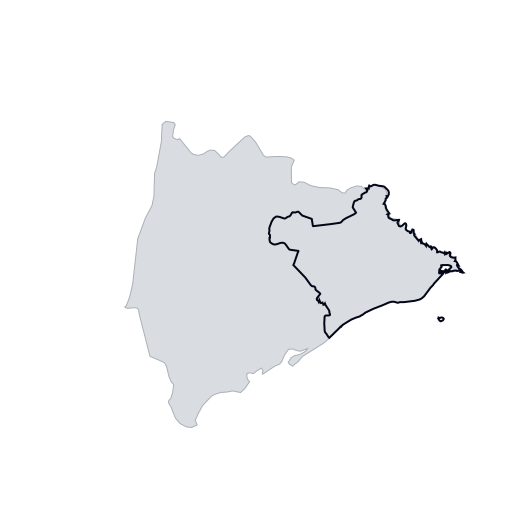 location of Atlántico Norte within Nicaragua, rotated 54°
{"feature_id": "NIC-657", "entity_name": "Atlántico Norte", "entity_type": "Autonomous Region", "adm_level": 1, "iso_a3": "NIC", "parent_name": "Nicaragua", "parent_adm1": "", "projection": "robinson", "projection_center": [-84.139, 14.031], "detail": "fine", "context": "in_parent", "style": "outline", "palette": "ink", "viewbox_px": 512, "rotation_deg": 54, "n_neighbors": 0, "source": "natural_earth", "source_scale": "10m", "svg_char_len": 7829}
<svg xmlns="http://www.w3.org/2000/svg" viewBox="0 0 512 512"><g transform="rotate(54 256 256)"><path d="M389.6,98.3L387.8,101.1L385.8,102.9L381.6,111.8L380.1,112.6L379.8,106.0L377.4,105.1L374.4,107.5L372.8,110.9L375.4,115.3L377.6,115.4L380.3,116.6L387.6,147.1L386.1,152.6L381.6,161.1L377.3,168.3L373.0,172.8L367.7,192.1L362.9,223.3L366.3,251.5L364.6,277.4L366.1,283.6L366.6,291.2L363.0,292.6L361.0,292.4L359.0,287.7L359.2,283.5L361.3,278.7L362.2,272.1L361.2,268.7L359.1,276.2L355.4,279.5L353.0,280.7L350.6,284.5L353.1,291.6L356.3,296.8L357.4,300.5L356.2,305.0L355.5,320.2L354.4,319.8L353.2,317.7L349.8,317.6L349.4,323.7L349.7,327.1L346.8,329.7L345.8,332.4L348.1,334.2L350.7,335.4L353.9,335.1L356.6,342.6L357.4,348.7L351.3,354.4L349.2,359.1L345.7,364.7L343.8,370.3L343.2,374.3L345.6,387.0L349.8,396.0L353.3,401.7L358.1,402.9L356.9,408.9L353.4,412.7L347.0,415.9L339.9,416.5L328.2,413.5L323.5,413.1L321.6,411.5L321.1,408.6L317.8,404.1L311.7,398.2L308.2,398.6L302.4,397.3L292.9,393.3L288.5,392.8L282.2,396.3L274.9,400.8L257.2,393.7L244.7,388.8L233.6,384.3L230.6,382.6L228.1,382.9L226.0,385.3L223.6,389.4L222.8,390.6L221.5,391.8L220.1,392.1L220.0,390.1L214.6,381.9L205.9,372.0L172.6,341.6L160.4,323.4L153.9,310.3L147.7,303.5L129.7,289.6L125.6,284.0L107.9,265.4L94.3,254.5L94.1,249.8L99.7,244.0L102.5,244.3L105.4,248.5L110.2,253.2L112.5,253.2L115.9,251.0L116.0,248.8L134.2,247.9L137.4,246.7L140.8,243.3L142.5,238.5L142.7,233.9L143.5,230.6L146.4,227.4L151.7,226.4L155.8,226.0L157.1,223.9L155.8,216.8L153.7,199.8L153.2,195.1L154.0,191.5L155.6,190.2L163.7,189.4L179.0,190.8L181.9,189.7L188.1,180.1L193.8,172.9L197.8,169.8L201.0,168.8L204.7,175.1L217.6,184.2L219.8,183.6L221.1,183.1L221.5,181.8L221.3,177.6L224.5,173.8L231.2,170.4L237.9,164.4L244.7,155.8L250.5,150.7L255.5,149.2L257.4,146.9L256.2,143.7L256.6,139.2L258.6,133.3L261.5,129.9L265.3,129.0L266.7,127.1L266.0,124.4L266.7,121.3L270.1,116.3L278.3,112.0L282.9,113.5L286.8,119.2L292.3,123.1L299.4,125.2L304.9,124.4L308.8,120.8L312.3,119.8L315.4,121.2L317.1,120.4L317.3,117.4L318.9,116.7L321.9,118.3L324.7,118.7L327.0,117.9L328.0,116.4L328.4,114.9L330.2,113.8L336.3,114.9L343.2,113.2L350.8,108.6L355.8,106.5L358.3,107.0L361.3,104.7L364.8,99.5L372.7,97.2L389.6,98.3Z" fill="#d9dde1" stroke="#a8b0b8" stroke-width="1"/><path d="M266.0,127.3L266.4,126.7L267.8,125.2L266.0,123.7L265.6,123.0L266.6,122.7L267.0,122.5L267.2,122.1L267.5,119.3L268.1,118.1L269.0,117.2L270.2,116.3L271.3,115.4L274.3,112.2L275.4,111.5L279.3,110.7L281.0,110.6L282.7,111.2L284.2,112.4L285.1,114.1L284.9,114.4L284.4,115.1L285.7,115.4L285.9,116.3L285.8,117.3L287.1,118.3L287.8,119.6L288.8,122.1L290.0,121.3L291.3,121.5L293.8,122.7L295.3,123.0L300.0,123.2L299.8,123.7L299.6,125.2L300.6,124.8L301.3,125.3L302.0,125.9L303.0,126.2L303.7,126.0L305.4,125.0L307.8,124.0L309.0,122.4L309.9,120.5L310.8,119.1L311.4,119.8L311.9,121.7L312.4,122.1L313.4,122.2L315.0,122.6L315.7,122.7L317.0,121.9L317.4,120.3L317.0,116.7L317.4,115.9L318.2,115.8L319.1,116.1L319.7,116.5L320.2,117.0L321.8,118.8L322.6,119.2L323.5,119.1L325.1,118.6L325.5,118.3L325.8,118.0L326.1,117.7L326.7,117.5L327.2,117.6L327.6,117.8L327.8,117.9L328.3,117.5L328.3,117.0L327.7,116.4L327.3,115.7L326.5,113.9L327.2,113.3L327.7,113.2L329.2,114.3L329.4,114.6L329.6,114.9L330.3,115.0L331.4,114.9L331.7,115.1L331.9,115.7L333.0,115.9L339.4,115.5L339.1,114.9L339.1,114.2L339.4,112.5L340.2,113.0L341.3,114.2L342.1,114.5L342.0,114.2L341.7,113.5L342.2,113.7L342.4,113.7L342.7,113.9L343.0,114.5L343.8,113.7L345.0,113.0L346.3,112.5L347.5,112.5L347.0,112.1L346.7,111.7L346.2,110.9L349.9,110.6L351.2,110.0L351.1,108.9L351.9,108.8L352.6,108.9L353.1,109.2L353.3,109.9L353.8,109.9L353.2,107.7L353.4,106.9L354.6,106.3L355.9,106.1L357.4,106.1L358.6,106.5L359.2,107.3L359.6,107.3L359.9,106.4L360.1,105.4L360.4,104.6L362.0,103.9L363.6,102.5L364.5,102.2L364.4,101.9L364.2,101.4L364.1,101.2L365.1,101.5L365.4,101.7L365.2,100.7L365.3,99.8L365.7,99.5L366.3,100.1L366.4,99.0L366.5,98.5L366.8,98.1L366.4,97.3L366.6,97.0L367.3,96.9L368.1,97.0L368.5,97.4L369.3,98.8L369.9,99.1L371.4,98.9L372.7,98.0L373.7,96.8L374.4,95.5L375.2,96.2L376.0,96.6L376.7,97.1L377.0,98.1L378.0,97.3L379.1,97.2L382.0,97.6L381.2,98.0L381.2,98.4L381.7,98.8L382.5,99.1L385.6,99.1L387.4,98.2L388.3,98.1L390.5,98.2L391.3,98.0L390.9,98.8L389.7,99.4L389.1,100.1L388.1,98.9L387.3,99.7L386.7,101.3L386.2,102.2L385.4,102.6L384.6,103.7L384.0,105.0L383.8,106.0L383.6,106.3L382.8,107.2L382.4,107.8L382.3,108.5L382.1,110.1L382.0,110.8L381.4,111.8L380.7,112.4L378.4,113.4L378.6,113.0L378.8,112.6L379.3,111.9L379.3,112.5L379.5,112.0L379.7,111.7L379.7,111.3L379.7,110.8L379.2,111.2L378.4,110.8L378.4,110.4L379.2,110.0L379.9,109.9L380.6,110.1L381.1,110.8L381.0,109.4L380.3,107.5L380.2,106.0L379.8,104.5L378.8,104.2L377.8,104.7L377.0,105.2L375.7,106.6L372.8,110.7L372.1,112.5L372.8,111.7L373.0,111.4L373.9,112.2L374.6,115.3L375.0,115.9L375.9,116.5L376.8,117.5L377.8,117.9L378.8,116.5L378.3,116.0L377.1,115.2L376.6,115.0L377.3,114.5L378.1,114.8L378.8,115.5L379.3,116.5L379.3,114.8L379.7,114.3L380.3,114.9L382.9,128.0L383.0,128.4L383.6,129.8L384.2,133.4L387.4,143.6L387.7,146.6L387.4,149.1L385.6,153.8L380.2,163.6L377.9,166.7L377.5,168.0L377.1,168.9L374.0,171.3L372.6,173.4L371.7,175.8L370.2,182.7L367.7,192.1L366.1,200.7L366.2,204.3L365.9,206.1L365.9,207.5L364.6,211.3L363.4,216.2L362.7,225.8L362.8,227.6L363.3,228.6L362.8,229.1L363.1,230.0L365.3,244.8L364.1,245.0L360.8,244.8L358.2,244.9L357.0,244.5L350.5,240.3L345.6,236.3L345.3,236.0L345.1,235.6L345.1,235.2L345.1,234.8L345.3,234.4L345.5,234.0L346.7,232.3L347.0,231.8L347.1,231.4L347.2,231.0L346.9,230.6L346.4,230.3L345.3,230.0L344.6,229.7L344.1,229.3L343.4,229.0L342.2,228.8L336.9,228.6L335.9,228.5L335.6,228.3L334.9,228.1L335.3,229.0L335.3,229.7L335.1,230.1L334.5,229.7L334.1,229.7L333.5,230.0L333.2,230.0L332.7,229.7L332.2,231.2L331.4,231.4L330.4,231.0L329.1,230.7L329.5,231.1L329.8,231.9L330.0,232.2L329.0,232.0L327.4,232.5L326.9,232.2L326.4,232.1L326.1,231.7L325.8,231.1L324.5,226.7L324.4,226.3L323.9,226.2L323.0,226.3L319.0,227.5L318.4,227.6L317.6,227.3L317.2,227.0L316.8,226.8L316.4,226.7L315.9,226.6L315.5,226.6L315.0,226.8L314.3,227.3L313.5,228.3L312.7,228.6L311.4,228.8L302.3,228.8L285.3,231.1L284.1,229.1L277.6,219.9L277.2,219.1L277.0,218.8L276.7,218.8L270.8,224.9L270.2,225.2L269.2,225.3L264.8,225.2L262.6,225.4L261.0,226.5L260.1,227.9L259.6,229.2L258.8,231.8L258.0,233.7L257.4,234.4L256.8,235.0L254.9,236.0L253.2,236.4L252.5,236.3L250.5,235.4L250.0,234.6L249.3,234.5L249.1,234.4L249.1,233.7L248.9,233.5L248.7,233.3L247.8,232.8L247.3,232.4L247.0,232.3L246.8,232.3L246.4,232.4L246.0,232.5L245.8,232.5L245.6,232.4L245.3,232.3L243.5,230.3L243.1,230.0L242.8,229.8L241.9,229.4L240.6,228.0L237.3,223.0L235.9,219.6L235.9,216.9L236.3,215.9L238.3,213.9L241.9,211.4L242.6,210.7L242.8,210.1L242.9,209.4L242.9,209.1L242.9,207.7L243.6,205.4L243.5,204.7L243.2,203.7L242.8,202.8L242.2,201.6L242.2,200.9L242.3,200.4L243.0,199.9L243.4,199.3L244.0,198.4L244.5,196.6L244.9,196.0L245.2,195.6L250.5,194.8L250.6,194.7L258.6,189.2L258.8,189.1L265.1,192.3L265.4,192.2L265.7,191.8L274.0,177.0L278.0,169.5L278.6,168.1L278.7,167.2L278.1,164.5L278.3,161.0L279.8,152.5L279.9,150.7L279.7,149.6L273.9,149.2L273.4,149.1L273.1,148.8L272.1,147.6L271.0,146.4L269.8,144.6L269.6,144.1L269.6,143.6L269.7,143.1L270.2,142.1L270.3,141.7L270.2,140.1L270.3,139.6L271.1,138.2L271.2,137.5L271.1,136.9L270.8,136.4L270.6,136.1L269.6,135.5L268.7,134.8L268.6,134.6L268.5,134.4L268.6,133.7L268.6,133.0L268.6,132.6L268.7,131.8L268.8,131.5L268.7,131.0L268.8,130.6L269.2,129.5L269.2,129.0L269.1,128.6L268.9,128.2L268.6,127.8L268.4,127.7L267.9,127.6L267.6,127.5L267.7,127.3L266.0,127.3ZM415.1,141.6L416.2,141.0L417.1,141.0L417.6,141.6L417.9,142.8L417.4,144.9L416.2,145.5L412.7,145.2L412.8,145.2L413.0,144.9L412.9,144.6L414.0,144.0L414.4,143.2L414.6,142.3L415.1,141.6Z" fill="none" stroke="#020617" stroke-width="2"/></g></svg>